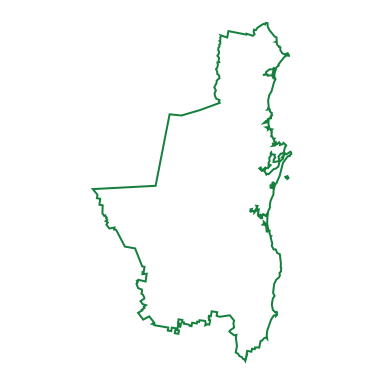 Break O'Day, Tasmania, Australia
{"feature_id": "25037944B7589359748935", "entity_name": "Break O'Day", "entity_type": "district", "adm_level": 2, "iso_a3": "AUS", "parent_name": "Australia", "parent_adm1": "Tasmania", "projection": "albers", "projection_center": [148.247, -41.391], "detail": "fine", "context": "isolated", "style": "outline", "palette": "green", "viewbox_px": 384, "rotation_deg": 0, "n_neighbors": 0, "source": "geoboundaries", "source_scale": "gbopen_adm2", "svg_char_len": 6019}
<svg xmlns="http://www.w3.org/2000/svg" viewBox="0 0 384 384"><path d="M265.1,24.4L263.4,23.9L257.5,27.7L255.8,30.2L254.0,29.7L253.6,32.0L254.6,34.2L252.9,35.8L246.5,33.7L246.3,34.6L228.4,31.1L227.2,37.5L220.8,35.4L221.2,36.0L220.3,37.3L220.4,39.9L219.5,40.9L220.3,41.5L220.3,43.8L219.2,44.7L219.5,46.5L218.5,47.6L218.2,50.3L219.0,51.6L219.0,53.4L217.4,55.8L219.1,57.8L218.6,61.0L219.2,62.1L217.4,62.5L217.9,64.9L217.1,68.0L216.0,69.0L217.3,71.9L217.2,73.9L219.0,75.3L219.5,78.1L216.7,80.6L216.6,82.8L214.3,87.4L215.9,90.4L214.5,93.6L215.1,96.3L216.3,98.6L219.6,100.2L218.8,101.8L219.6,102.9L199.6,110.2L181.4,115.5L169.6,114.3L155.6,185.8L92.8,189.1L97.5,194.8L96.9,198.2L100.2,198.8L99.4,204.7L102.7,205.3L102.4,213.3L104.2,215.9L105.1,215.3L106.7,217.7L106.1,218.1L107.3,219.9L105.7,221.1L107.8,222.5L106.4,224.7L109.4,228.5L114.5,227.5L114.1,229.5L116.1,229.8L124.9,246.6L135.1,248.4L142.2,266.4L144.5,266.8L143.7,272.1L142.6,271.9L142.4,274.2L146.7,273.7L145.6,281.5L138.3,279.8L137.4,280.5L138.0,280.7L137.8,281.8L137.1,281.8L137.1,283.5L136.5,283.9L138.1,288.1L141.8,289.5L142.1,291.0L141.4,293.7L142.8,294.6L144.3,297.5L144.3,298.6L140.5,301.2L142.7,304.1L146.0,305.2L143.6,307.0L144.4,308.1L141.7,309.8L142.2,310.5L138.1,312.8L143.2,319.6L149.2,316.4L154.1,322.5L152.2,323.9L154.5,324.3L154.3,325.2L168.3,327.6L167.8,330.6L171.2,331.1L171.8,327.6L175.7,328.2L174.8,333.2L178.4,333.8L179.0,330.5L177.3,330.2L178.1,324.9L179.4,325.2L179.2,326.6L180.3,326.8L180.9,323.7L178.0,323.2L178.6,319.3L182.4,320.0L182.1,322.1L184.0,322.4L183.8,323.7L188.4,324.5L190.0,325.3L189.8,325.9L191.5,326.2L192.2,322.7L196.8,323.5L197.2,321.6L199.1,322.0L199.5,320.2L205.1,320.9L205.7,322.8L205.3,325.3L207.4,324.3L209.3,324.6L210.2,320.2L208.9,320.0L209.3,317.9L208.6,317.7L209.0,315.8L210.9,316.2L211.7,311.3L217.2,312.2L216.6,315.8L219.7,316.8L229.8,315.3L234.1,320.6L233.4,323.2L234.1,327.5L229.8,330.6L229.4,331.7L234.3,335.4L236.4,334.9L235.9,338.4L237.0,346.0L235.7,352.5L238.0,353.7L239.5,356.1L241.9,357.2L243.3,359.2L244.4,359.1L245.3,361.0L247.4,353.3L246.6,354.2L247.2,350.9L251.4,351.7L252.0,348.7L254.8,349.2L255.1,347.4L259.2,347.6L260.6,341.0L262.0,340.6L264.1,338.2L266.2,337.5L267.1,338.6L266.7,335.1L267.3,330.4L271.1,319.6L273.8,315.5L275.5,315.2L275.8,316.2L277.1,314.8L276.5,313.7L277.1,312.8L276.6,311.8L275.0,312.2L272.8,309.7L271.8,304.6L272.8,298.6L274.6,295.9L273.1,292.9L274.1,284.1L276.3,279.6L278.9,277.5L279.9,275.5L279.5,272.9L281.0,271.5L281.2,267.7L280.7,267.2L280.9,263.3L279.8,254.2L277.2,253.0L275.7,249.4L272.8,249.5L273.5,249.1L271.7,245.7L272.3,243.7L270.6,237.3L271.3,236.1L270.5,235.9L269.5,233.1L269.6,230.6L268.3,230.4L268.0,231.1L267.6,231.4L267.6,231.5L267.4,231.6L267.2,231.4L268.1,230.8L267.1,229.8L266.6,230.4L266.2,226.5L264.9,224.8L262.8,224.6L264.0,223.4L263.8,221.8L264.9,222.8L264.6,224.3L266.1,225.8L266.7,223.2L266.3,225.7L267.5,229.7L268.4,230.3L267.2,223.8L267.4,216.7L262.9,214.5L261.9,216.3L262.2,217.9L261.0,218.2L258.3,215.9L257.9,214.9L258.5,209.8L257.3,210.5L255.9,209.4L256.4,210.5L255.8,211.2L254.5,211.5L254.6,212.4L254.3,212.7L254.4,211.5L255.2,211.2L252.8,211.2L252.2,210.4L251.3,211.6L250.5,211.6L250.2,211.3L251.4,209.2L249.6,209.6L251.5,209.1L250.7,211.6L252.0,210.2L252.8,211.1L255.8,211.0L256.2,210.3L255.6,209.8L256.0,209.2L257.6,210.3L256.6,206.9L257.3,206.2L256.7,206.1L256.5,205.8L257.3,205.9L257.4,206.1L257.3,206.4L256.8,207.0L257.9,209.8L258.7,209.7L258.1,214.4L258.6,215.8L261.6,217.9L262.0,216.7L261.0,217.3L259.5,215.4L260.4,214.6L261.4,215.4L261.4,216.5L263.1,214.1L266.4,215.7L267.2,212.9L266.8,214.8L267.5,216.2L268.3,210.8L270.1,207.4L269.7,205.8L270.6,200.7L273.4,194.5L273.6,190.3L274.8,185.3L274.0,184.9L272.5,186.8L273.2,187.3L273.1,188.3L270.6,187.7L270.5,185.3L274.3,184.5L273.9,183.2L272.5,182.9L273.0,182.4L274.1,183.0L274.8,184.8L276.3,183.4L279.6,176.0L283.0,162.8L287.0,157.3L288.4,156.0L289.7,156.1L289.8,155.1L291.2,154.2L291.2,152.5L290.5,151.7L286.1,154.4L284.2,152.5L284.2,154.8L282.4,156.9L283.5,156.6L282.9,158.8L279.5,161.7L278.4,166.5L275.8,168.6L273.7,169.1L268.6,174.2L267.3,173.8L266.4,174.6L264.6,171.1L262.3,170.3L261.7,170.8L259.3,168.4L260.7,167.5L261.5,169.6L262.2,169.6L262.3,170.1L262.6,170.2L265.0,167.9L265.3,169.2L266.0,168.0L267.8,168.2L270.0,165.8L269.3,165.8L270.3,164.7L269.3,165.6L267.8,165.5L269.8,164.8L268.7,164.3L268.5,163.2L269.5,161.2L269.3,157.6L270.8,155.9L270.6,153.3L271.2,152.5L271.6,154.3L274.8,154.7L274.5,156.4L275.2,157.4L273.7,159.7L273.5,162.0L278.0,161.4L279.2,160.3L278.5,156.7L280.7,153.7L282.2,153.7L283.8,152.2L284.9,147.6L286.0,146.0L285.5,145.8L285.8,144.9L283.5,142.9L282.5,144.2L280.0,145.0L280.2,143.8L279.1,142.3L277.6,143.9L276.1,144.6L275.8,144.3L275.8,143.9L274.9,145.5L272.8,145.8L274.2,144.7L273.7,143.8L272.1,143.9L272.9,143.5L274.5,143.7L275.3,143.6L275.5,143.4L275.0,142.9L275.9,143.6L276.0,144.4L277.0,143.9L274.0,141.1L274.3,140.2L273.6,139.3L274.3,138.6L273.2,138.5L271.7,135.7L271.3,135.9L270.8,136.6L270.6,136.7L271.3,135.8L271.8,135.6L271.4,132.7L272.0,131.9L271.0,130.6L272.2,129.4L269.2,128.9L268.0,129.7L268.1,128.6L266.1,127.3L267.4,127.1L269.7,128.8L268.4,124.0L268.7,119.5L266.8,122.4L263.8,123.1L266.3,120.7L268.1,120.3L268.0,119.0L271.0,118.3L271.0,116.0L272.1,115.4L271.5,114.2L271.9,113.1L270.0,111.6L269.8,109.5L267.7,109.6L268.3,109.1L267.8,107.3L268.9,108.7L268.1,100.7L269.2,95.3L271.6,91.1L274.1,81.9L275.5,79.3L273.3,78.1L272.6,76.1L271.4,75.3L267.7,75.7L267.5,74.5L262.9,75.0L265.7,74.2L266.2,71.9L269.8,69.2L272.5,69.5L274.4,67.3L272.5,74.0L273.7,77.4L275.2,78.7L274.4,76.7L274.5,73.7L276.4,67.4L278.6,65.7L278.2,65.1L279.0,63.7L284.0,57.4L286.5,55.4L288.9,55.8L288.9,55.1L287.7,53.2L284.5,54.4L282.2,53.2L280.3,50.1L280.3,47.5L279.8,46.7L278.7,47.0L278.3,46.9L279.4,46.7L277.5,45.2L276.2,41.9L275.6,41.8L276.0,41.6L276.8,42.7L276.5,37.3L274.7,36.6L269.4,30.1L267.7,26.6L267.5,23.1L265.6,23.0L265.1,24.4ZM287.3,178.9L288.5,178.1L287.5,176.1L285.3,176.9L285.8,177.8L287.0,177.5L287.3,178.9Z" fill="none" stroke="#15803d" stroke-width="2"/></svg>